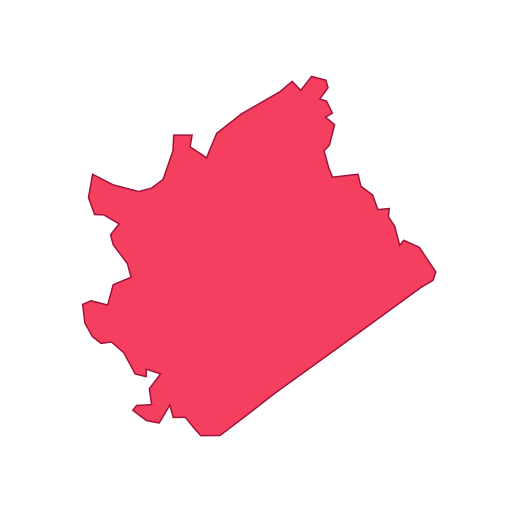 the district of Caroline, Virginia, United States of America, rotated 194°
{"feature_id": "52423323B80552302614844", "entity_name": "Caroline", "entity_type": "district", "adm_level": 2, "iso_a3": "USA", "parent_name": "United States of America", "parent_adm1": "Virginia", "projection": "mercator", "projection_center": [-77.316, 38.015], "detail": "fine", "context": "isolated", "style": "filled", "palette": "rose", "viewbox_px": 512, "rotation_deg": 194, "n_neighbors": 0, "source": "geoboundaries", "source_scale": "gbopen_adm2", "svg_char_len": 1102}
<svg xmlns="http://www.w3.org/2000/svg" viewBox="0 0 512 512"><g transform="rotate(194 256 256)"><path d="M78.3,275.3L77.7,284.0L99.6,303.9L116.4,307.0L119.2,301.1L128.6,318.4L137.1,326.2L138.2,334.3L149.0,330.5L157.7,343.5L171.1,349.0L176.8,360.0L200.8,351.0L206.3,358.3L215.4,374.5L211.6,381.2L211.5,402.4L222.1,407.5L216.5,413.1L225.1,423.4L232.1,423.7L226.8,436.7L230.8,443.5L245.5,443.7L252.6,427.5L263.2,434.2L272.6,421.1L304.2,390.7L323.8,365.6L326.7,346.7L327.6,339.3L346.4,346.0L347.2,357.8L365.1,353.4L362.0,338.0L364.7,307.8L373.9,296.5L385.5,290.1L412.1,290.5L434.3,295.8L432.7,272.2L422.6,257.2L413.7,259.1L396.6,254.0L402.2,241.5L397.4,232.5L378.9,217.4L372.1,205.2L387.6,193.6L388.1,172.5L405.2,172.7L412.5,167.1L405.8,149.5L395.2,138.2L385.2,133.7L375.5,137.6L360.9,130.2L344.6,112.3L333.4,112.4L335.0,119.6L320.1,118.5L327.4,101.4L321.3,86.5L335.7,82.1L338.2,76.5L322.5,69.8L309.6,70.5L303.5,90.6L297.3,79.3L285.5,82.4L274.7,74.2L266.1,68.3L247.6,73.1L227.2,98.4L204.1,127.9L155.6,185.2L134.8,209.9L88.4,265.3L78.3,275.3Z" fill="#f43f5e" stroke="#9f1239" stroke-width="1.5"/></g></svg>